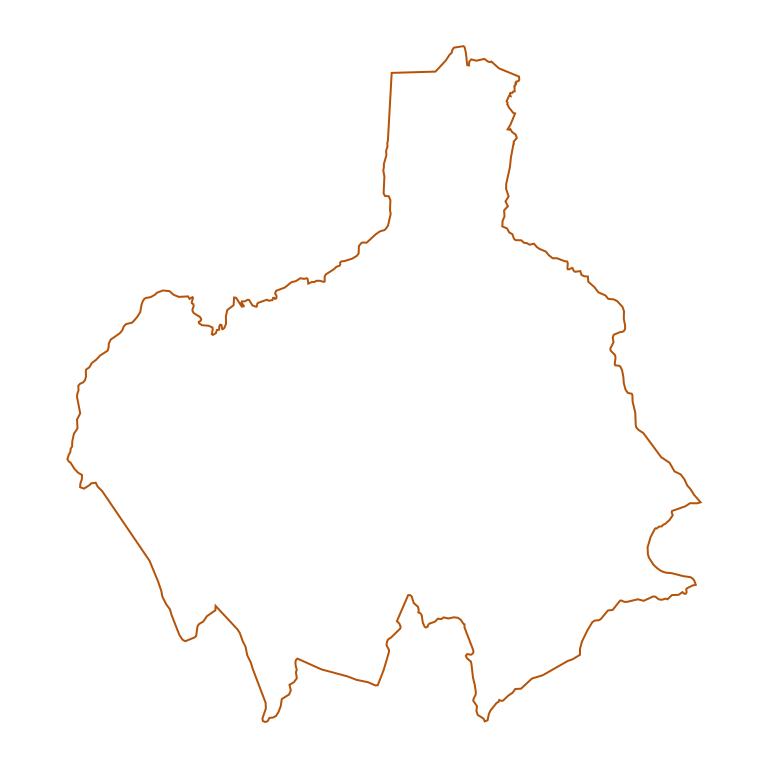 the district of Milange, Zambezia, Mozambique
{"feature_id": "85939544B24654814708458", "entity_name": "Milange", "entity_type": "district", "adm_level": 2, "iso_a3": "MOZ", "parent_name": "Mozambique", "parent_adm1": "Zambezia", "projection": "equal_earth", "projection_center": [35.856, -16.231], "detail": "fine", "context": "isolated", "style": "outline", "palette": "amber", "viewbox_px": 768, "rotation_deg": 0, "n_neighbors": 0, "source": "geoboundaries", "source_scale": "gbopen_adm2", "svg_char_len": 6056}
<svg xmlns="http://www.w3.org/2000/svg" viewBox="0 0 768 768"><path d="M572.4,659.4L580.0,654.8L580.0,648.9L581.9,641.7L587.5,630.2L592.3,622.2L594.9,620.5L598.6,620.3L600.7,619.2L607.9,610.5L612.7,609.9L620.0,600.7L620.9,600.4L624.5,601.9L626.8,601.9L637.9,599.3L643.7,600.8L653.3,596.4L655.4,596.7L658.7,599.3L661.7,599.8L665.8,598.6L667.5,599.3L671.9,595.1L678.7,594.8L682.4,592.1L684.4,593.8L685.7,593.8L686.6,592.2L686.2,589.3L687.3,588.1L692.8,585.4L695.8,584.8L694.2,580.5L692.5,578.4L690.3,577.1L683.5,576.2L671.8,573.2L665.5,572.6L661.1,571.0L657.4,568.4L653.4,564.7L648.8,557.4L647.9,554.1L647.6,547.3L650.6,537.0L654.8,529.0L655.6,528.3L656.7,528.5L658.9,526.7L662.0,526.3L662.8,525.0L665.3,523.8L669.4,520.1L672.7,515.3L671.7,512.4L672.1,510.9L685.3,506.3L690.0,503.2L697.2,503.3L700.6,502.3L694.1,494.9L690.4,489.0L687.3,485.6L684.4,479.3L680.7,474.4L674.5,471.4L669.5,462.7L661.2,457.2L643.3,433.0L638.6,430.0L636.3,427.5L635.7,424.9L635.3,412.8L632.6,401.6L632.4,395.1L631.8,393.8L627.7,392.8L625.5,389.5L623.8,383.2L623.3,376.5L622.0,370.0L620.4,366.7L619.3,365.8L615.2,365.3L614.7,364.1L615.5,358.0L615.1,355.2L610.7,350.7L610.3,348.6L613.5,342.3L612.7,337.7L613.7,334.8L619.7,332.2L622.3,331.9L624.0,330.9L625.1,329.0L625.1,325.4L623.8,318.9L624.0,311.3L622.5,306.9L617.3,301.2L613.8,299.4L608.3,298.9L605.4,295.4L598.3,292.3L594.5,287.2L588.3,281.8L587.9,276.6L584.1,276.2L581.5,274.9L580.3,271.1L575.1,271.8L573.5,270.5L572.7,268.3L571.8,267.9L569.1,269.4L567.8,269.2L567.4,268.2L567.8,263.5L567.2,261.5L564.7,261.2L556.8,258.2L552.7,258.3L548.8,255.2L545.9,251.6L539.7,249.0L536.9,247.1L534.0,243.7L529.6,244.7L526.8,243.1L524.2,242.9L521.2,240.3L515.5,240.1L513.9,238.6L512.4,234.2L509.2,232.4L507.0,228.4L502.3,226.4L502.6,220.8L504.5,216.5L504.1,210.4L507.9,206.2L505.5,201.4L508.6,196.4L506.1,188.9L506.2,184.0L509.9,167.3L510.9,157.7L513.5,143.8L513.9,143.7L513.6,141.9L516.8,137.9L515.7,134.7L512.2,132.1L510.3,129.1L509.5,129.8L507.6,129.4L510.5,124.6L515.1,113.4L513.3,113.0L508.5,106.9L508.3,105.7L507.2,104.2L507.6,102.7L506.6,101.3L509.1,95.7L510.6,96.1L509.9,93.7L510.4,92.9L512.3,92.9L513.1,91.6L514.7,91.4L514.4,86.4L514.8,86.4L515.6,83.0L516.1,83.5L516.5,81.5L518.3,81.1L519.3,79.9L519.0,76.6L498.9,68.3L491.3,61.5L490.4,62.1L488.2,61.7L484.3,58.9L476.4,60.7L471.3,59.4L469.3,61.6L468.9,65.5L467.2,65.1L465.9,52.9L464.7,47.4L463.5,46.1L453.8,47.7L452.0,50.8L451.8,52.6L449.6,54.7L445.7,60.6L435.5,71.6L391.7,72.9L387.9,140.6L387.3,142.9L387.5,146.4L386.1,150.9L386.4,155.2L383.9,163.9L383.9,167.4L383.3,170.3L384.4,176.7L383.6,193.3L384.9,195.9L388.8,196.3L390.4,200.1L390.0,210.1L390.7,213.8L388.0,225.6L386.0,228.6L384.4,230.1L380.0,231.3L375.6,234.4L366.6,242.7L362.4,242.5L361.3,243.1L358.9,246.0L358.6,253.5L356.8,255.9L352.0,258.7L344.3,261.1L341.3,261.4L340.1,262.7L340.3,264.4L339.6,265.7L336.5,266.8L333.5,269.5L325.8,274.4L324.7,276.5L324.7,281.3L323.8,281.9L319.9,280.8L316.3,280.8L314.3,282.1L312.1,281.9L308.3,283.6L307.6,278.9L306.7,278.2L304.1,278.9L300.4,278.2L295.9,281.1L291.4,282.2L284.9,287.5L276.1,290.8L275.1,293.5L276.5,295.8L276.5,297.7L275.9,298.6L275.1,298.9L274.1,297.8L273.1,297.9L272.4,300.2L268.6,300.7L267.0,299.7L258.0,302.9L257.3,303.7L256.9,306.2L256.2,306.8L252.4,305.4L249.1,300.0L247.8,299.7L244.7,301.4L241.9,301.4L241.5,302.6L243.8,305.9L243.6,306.5L241.7,306.5L236.1,297.8L234.1,297.5L233.6,305.2L227.3,310.0L225.9,316.2L226.0,323.9L224.3,328.0L222.6,329.3L222.1,328.9L221.5,325.1L220.2,324.7L219.3,326.3L219.1,329.7L216.9,330.0L215.9,333.1L212.9,334.9L211.8,334.2L212.7,329.5L212.5,327.5L208.4,325.7L201.9,325.2L198.9,323.1L198.8,321.9L200.8,320.7L201.3,319.2L199.9,316.9L193.7,313.1L192.7,311.3L192.4,309.9L193.7,305.9L193.3,304.1L192.0,303.4L191.7,302.3L193.0,298.0L192.4,297.1L189.6,298.9L188.1,296.4L178.8,296.9L173.7,294.8L169.4,291.1L162.9,290.5L157.0,292.7L154.8,294.8L150.7,297.1L145.7,298.0L144.2,299.0L142.8,301.2L141.6,304.4L140.2,312.2L136.9,317.4L132.2,322.6L126.0,324.1L123.8,326.4L122.1,330.6L119.6,333.4L110.7,339.6L108.8,343.5L108.6,347.5L107.7,350.6L100.0,355.6L96.1,359.8L91.8,363.0L89.4,367.3L86.2,369.5L85.8,371.3L86.0,376.5L85.0,380.2L83.1,382.4L80.3,383.6L78.3,385.6L78.5,390.4L77.3,394.0L77.0,396.8L80.2,413.4L77.0,419.6L77.5,428.4L73.9,433.8L72.3,441.2L72.1,446.5L70.7,448.6L70.3,452.0L68.6,455.2L67.4,459.2L68.9,461.6L70.5,462.6L74.4,468.8L78.1,472.7L82.0,475.0L81.9,479.1L80.4,483.5L80.1,487.2L84.0,488.6L89.8,484.9L91.0,483.4L95.7,482.7L97.7,486.7L102.1,491.0L149.6,560.9L158.0,581.3L161.3,590.9L162.4,596.8L166.3,604.4L169.9,609.3L171.5,614.8L179.3,634.8L182.6,639.8L185.3,641.2L194.4,637.5L196.1,636.2L197.5,626.3L199.0,624.1L203.3,621.5L206.9,616.2L215.4,610.3L215.6,605.9L237.4,629.3L239.7,632.8L242.9,641.6L245.5,646.6L247.3,655.4L250.8,662.5L252.7,668.8L265.6,702.7L265.9,708.4L262.4,718.6L262.9,721.0L264.8,721.9L266.6,721.7L267.8,720.9L269.4,717.9L272.8,717.6L276.0,716.0L278.4,712.2L280.7,706.3L281.8,699.0L289.1,694.5L290.8,690.4L289.5,684.8L293.9,682.2L296.8,678.3L295.9,672.1L296.8,670.0L295.7,665.9L295.4,662.0L296.1,659.8L297.4,658.6L321.5,669.4L347.5,676.4L356.4,679.8L368.0,682.2L375.1,685.3L377.7,685.3L383.6,670.2L389.0,651.9L389.0,650.0L386.5,645.2L387.0,641.8L388.0,639.5L391.1,637.5L400.3,628.5L400.6,626.8L399.3,623.5L396.9,621.2L408.2,595.1L410.2,595.2L411.7,596.4L413.7,603.0L418.0,606.8L418.8,610.5L418.3,612.4L420.3,613.2L421.7,615.2L422.8,622.6L424.6,626.7L425.7,627.5L427.7,626.7L427.9,625.4L429.2,623.7L434.9,621.7L437.8,618.7L441.2,619.1L443.7,617.4L448.3,618.5L453.9,617.3L457.9,617.8L460.8,619.9L463.6,624.0L464.5,624.3L464.5,627.5L473.3,650.3L473.4,652.4L472.3,654.0L471.0,654.7L467.1,654.1L465.8,655.9L467.1,658.4L470.8,661.5L471.4,663.8L473.0,677.7L474.8,685.0L475.8,692.1L475.7,694.6L473.7,698.5L473.2,700.6L477.0,706.2L476.4,711.0L477.7,714.9L483.5,718.6L484.8,721.4L487.6,720.2L488.9,713.8L490.5,710.5L496.7,702.8L498.5,702.0L499.2,700.0L501.6,700.9L503.0,700.6L508.2,695.7L512.6,692.7L515.3,689.0L521.0,688.7L532.0,678.5L542.6,675.3L567.7,661.0L572.4,659.4Z" fill="none" stroke="#b45309" stroke-width="2"/></svg>